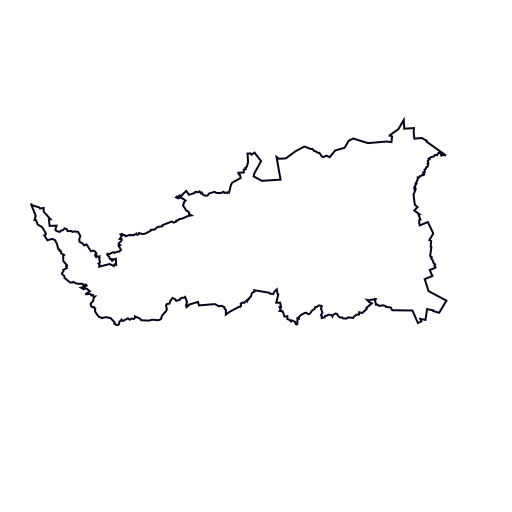 Sombrerete, Zacatecas, Mexico (Robinson projection), rotated 77°
{"feature_id": "50627088B37506773175318", "entity_name": "Sombrerete", "entity_type": "district", "adm_level": 2, "iso_a3": "MEX", "parent_name": "Mexico", "parent_adm1": "Zacatecas", "projection": "robinson", "projection_center": [-103.603, 23.575], "detail": "fine", "context": "isolated", "style": "outline", "palette": "ink", "viewbox_px": 512, "rotation_deg": 77, "n_neighbors": 0, "source": "geoboundaries", "source_scale": "gbopen_adm2", "svg_char_len": 6078}
<svg xmlns="http://www.w3.org/2000/svg" viewBox="0 0 512 512"><g transform="rotate(77 256 256)"><path d="M167.6,204.9L166.5,211.7L164.1,213.7L187.1,214.9L184.1,233.4L177.9,240.4L175.2,239.1L164.7,229.7L154.9,234.2L156.3,237.6L154.8,238.3L154.3,241.2L162.7,242.6L166.8,244.7L167.8,246.7L169.1,246.5L169.1,248.5L171.9,249.1L170.9,254.4L172.4,254.5L173.7,253.3L176.6,253.5L179.2,262.7L181.1,264.4L188.2,268.0L187.5,269.6L188.2,270.0L187.1,272.2L187.4,272.7L186.1,273.4L186.8,276.0L185.6,280.5L184.1,282.1L184.6,287.7L186.2,289.6L185.8,292.0L184.2,294.0L181.9,294.6L182.4,295.8L180.3,296.5L180.8,298.3L179.8,300.6L180.8,301.8L181.2,307.6L176.9,309.3L180.4,315.2L180.5,315.9L179.7,316.7L180.6,318.5L180.3,319.9L180.9,320.7L182.4,318.8L181.9,317.0L182.4,315.7L186.1,312.1L187.6,314.3L188.8,314.6L190.0,315.8L196.3,313.6L197.1,312.3L198.9,311.3L200.0,311.8L201.9,309.8L201.7,312.8L203.0,319.6L202.7,322.3L203.5,323.4L203.6,325.7L204.2,325.6L204.7,326.5L204.9,328.8L203.5,330.2L204.8,340.0L206.0,340.5L205.6,345.4L207.4,348.8L206.9,352.7L207.8,353.1L209.3,359.0L209.2,361.3L207.5,364.6L208.0,364.6L208.7,366.5L207.9,367.8L207.3,367.7L208.3,370.6L207.8,370.9L207.7,373.4L207.1,374.0L207.4,378.7L206.1,379.1L205.5,380.9L204.5,381.3L204.5,383.2L206.3,382.4L208.8,384.9L209.5,382.4L209.7,383.3L211.1,383.8L212.8,387.0L213.9,387.1L214.8,386.0L215.3,387.5L219.7,386.1L221.0,388.4L220.5,389.4L221.1,393.3L220.6,393.3L220.2,394.9L221.1,398.4L220.4,400.2L221.1,400.7L224.0,399.2L226.0,398.9L226.8,396.6L228.7,398.0L227.3,395.3L227.2,393.2L233.3,394.3L232.4,395.8L233.8,396.8L230.9,400.4L231.1,411.2L229.7,410.4L228.0,411.1L228.0,410.3L226.2,409.2L224.1,409.6L222.7,408.8L221.6,409.5L221.1,408.9L220.6,410.9L221.2,411.9L219.6,412.6L219.1,411.8L218.2,412.1L217.8,411.0L215.7,411.6L214.2,413.1L214.2,415.8L206.6,418.5L207.0,421.1L204.8,422.1L202.5,424.7L200.4,424.6L197.0,422.7L192.5,423.9L191.2,427.4L191.2,429.5L190.2,430.2L189.3,434.0L187.3,434.4L186.0,436.4L187.4,438.2L187.4,440.2L188.4,441.9L186.7,444.9L185.1,445.6L181.6,443.5L180.2,450.3L173.7,449.6L174.0,447.9L165.1,452.9L161.4,452.1L161.2,455.7L160.0,456.2L156.4,462.4L154.4,463.6L167.2,461.6L171.0,463.7L171.3,462.4L176.3,461.6L179.5,458.1L182.7,456.9L187.1,455.7L188.4,456.8L188.3,457.6L193.7,455.7L193.5,450.7L195.4,448.2L199.8,447.2L204.7,447.1L205.6,446.0L206.6,446.4L207.4,445.0L209.4,445.3L211.9,442.8L212.4,443.8L217.5,444.9L222.6,442.2L223.4,442.4L223.4,443.3L225.2,443.0L226.2,447.0L227.5,447.0L228.9,448.8L230.2,448.9L232.4,447.4L234.4,447.4L240.1,443.0L240.5,440.7L240.1,440.0L242.7,436.7L244.1,431.3L246.7,430.2L246.4,429.0L245.5,429.1L245.5,428.3L246.7,427.7L247.4,429.7L247.4,433.7L249.5,431.6L249.2,429.7L249.9,428.2L253.0,425.8L255.0,430.9L255.5,426.8L256.6,425.1L257.2,425.3L257.3,423.7L258.9,423.6L259.2,422.1L259.9,423.3L263.2,424.9L265.3,427.9L267.6,427.9L269.1,427.1L269.2,425.4L271.0,425.0L271.0,424.5L273.8,425.3L278.4,423.6L280.2,422.6L281.2,420.4L281.8,420.4L281.9,415.8L283.7,411.7L288.9,408.7L290.0,409.4L292.2,406.9L291.9,405.1L289.0,403.7L288.9,402.5L287.7,401.4L289.4,400.2L287.9,394.9L289.7,393.3L289.0,391.2L289.9,389.2L288.8,387.7L287.7,387.5L290.9,383.1L292.7,382.2L293.4,380.2L294.8,375.1L294.8,371.1L296.6,365.7L296.2,362.9L292.9,360.9L289.3,355.8L287.6,354.8L283.9,354.8L282.7,353.6L282.9,351.0L280.1,349.2L278.1,346.8L279.9,344.5L281.8,343.8L281.4,339.8L280.6,339.5L280.1,337.9L280.4,335.6L279.9,334.3L285.2,333.6L288.4,335.3L290.2,335.2L288.9,332.5L288.3,332.5L287.7,322.8L291.3,322.7L293.6,306.9L296.6,303.5L296.8,300.6L298.8,298.3L300.4,298.5L301.5,297.4L306.3,298.6L304.6,294.7L301.6,283.7L302.0,282.9L301.1,281.7L299.0,281.6L298.3,279.5L299.0,278.1L297.3,275.3L298.2,274.7L296.5,273.8L296.5,272.6L295.3,271.9L294.2,269.9L291.2,268.4L290.3,265.4L289.0,265.4L294.7,251.5L295.9,250.8L296.9,247.8L294.7,245.9L293.2,243.2L297.6,243.6L298.5,242.9L306.1,246.8L306.9,243.0L311.4,243.1L311.1,244.5L313.9,244.0L314.9,245.2L315.9,242.5L321.5,241.8L321.7,239.0L324.5,239.6L326.6,236.5L327.0,237.0L327.7,236.6L326.9,235.4L328.9,232.8L331.4,232.5L331.9,231.7L331.5,231.0L325.9,229.6L326.7,228.3L325.2,227.9L323.7,225.8L322.5,221.5L322.6,219.9L324.5,218.0L324.3,216.4L322.1,214.1L320.5,210.6L319.1,209.7L319.3,208.1L318.3,205.9L318.9,204.2L319.9,203.7L319.2,202.6L321.8,204.5L326.0,204.1L328.4,206.1L329.4,205.3L331.2,205.9L331.2,202.9L330.0,202.3L330.0,200.1L329.4,198.7L330.7,195.6L332.1,195.2L330.8,194.3L329.9,191.5L330.6,190.2L333.7,189.1L334.9,187.8L335.2,186.0L336.5,185.0L337.3,181.7L336.6,180.6L336.9,178.9L338.2,175.1L337.0,174.0L335.8,171.3L336.2,168.7L334.0,168.0L335.5,165.4L332.5,160.1L331.5,160.2L328.1,153.8L326.5,155.9L323.9,157.5L324.6,156.0L324.7,149.3L324.9,148.9L326.3,150.1L330.6,149.9L330.7,148.5L332.3,147.3L332.7,143.0L334.0,140.9L334.8,140.8L336.4,136.4L339.5,135.4L344.3,115.8L357.7,113.3L357.0,109.6L354.2,110.1L356.4,105.3L346.2,101.2L349.0,95.3L349.6,95.6L352.5,90.3L342.3,80.5L329.0,95.8L316.5,96.8L315.1,88.6L308.7,89.9L307.8,83.9L307.3,83.6L305.5,84.4L304.5,83.3L302.6,84.6L299.2,84.9L298.6,85.7L296.8,85.8L296.6,85.1L295.1,86.3L286.8,83.1L286.2,83.7L280.8,82.0L279.5,83.5L274.2,78.4L273.4,78.3L261.6,80.9L263.0,89.5L261.2,89.7L257.6,88.7L257.4,87.6L252.5,88.4L252.2,87.2L247.3,91.6L244.7,87.6L241.7,89.7L231.5,88.7L227.5,85.8L227.2,86.4L226.3,85.7L226.0,86.3L225.2,85.6L224.8,86.3L221.6,83.5L221.3,84.1L217.8,81.2L215.8,80.8L216.2,79.4L215.1,78.5L215.2,77.4L214.1,75.5L214.9,74.6L214.2,73.7L212.1,74.3L212.1,72.7L209.7,72.3L209.6,71.3L207.6,69.9L207.6,68.7L205.5,67.5L204.8,68.1L204.0,67.2L202.0,67.3L200.8,65.2L200.2,65.6L200.2,64.6L199.5,64.6L199.0,62.9L198.9,60.1L197.7,58.9L198.5,56.8L196.5,55.0L197.7,52.9L199.9,52.8L199.8,50.5L200.8,48.3L182.8,64.2L182.0,63.8L178.3,68.0L177.3,75.3L170.7,74.5L166.9,73.3L165.3,82.9L156.7,81.4L164.4,88.7L168.4,98.4L168.8,98.7L170.1,96.5L175.5,98.4L173.8,103.2L171.2,121.5L163.4,134.9L164.6,139.8L170.5,145.3L171.0,155.1L176.3,162.0L174.1,164.7L174.8,168.3L173.7,169.5L169.7,171.1L169.6,172.1L166.7,175.2L166.5,176.0L164.4,176.9L164.1,178.5L160.2,184.2L162.9,194.2L167.6,204.9Z" fill="none" stroke="#020617" stroke-width="2"/></g></svg>